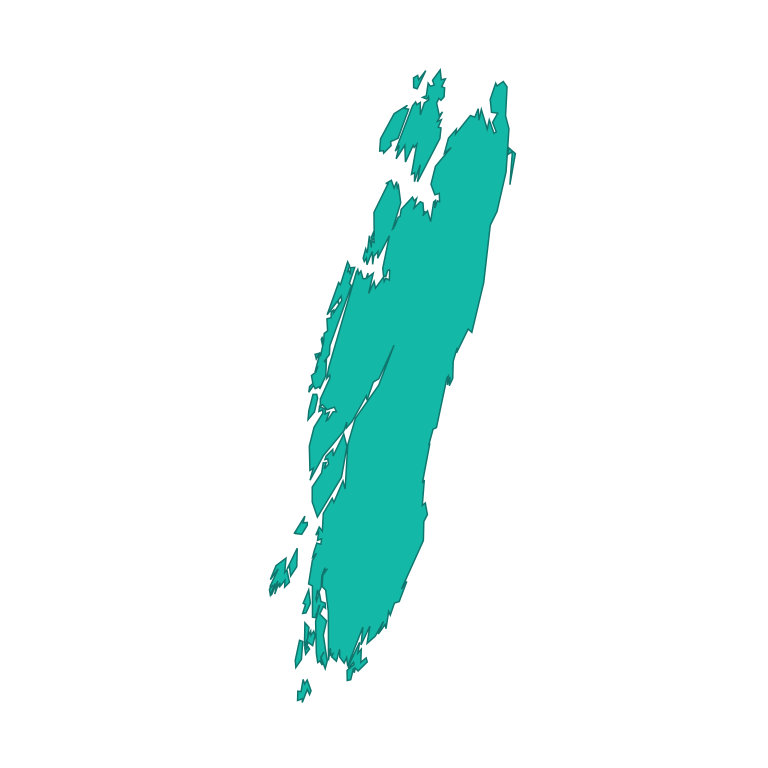 Hitra nor, Sør-Trøndelag, Norway, rotated 293°
{"feature_id": "86288312B1227555163680", "entity_name": "Hitra nor", "entity_type": "district", "adm_level": 2, "iso_a3": "NOR", "parent_name": "Norway", "parent_adm1": "Sør-Trøndelag", "projection": "equal_earth", "projection_center": [8.707, 63.554], "detail": "fine", "context": "isolated", "style": "filled", "palette": "teal", "viewbox_px": 768, "rotation_deg": 293, "n_neighbors": 0, "source": "geoboundaries", "source_scale": "gbopen_adm2", "svg_char_len": 6168}
<svg xmlns="http://www.w3.org/2000/svg" viewBox="0 0 768 768"><g transform="rotate(293 384 384)"><path d="M538.1,307.7L517.2,316.8L515.1,317.0L518.3,315.0L514.1,315.1L512.0,316.8L514.1,317.7L510.4,319.7L511.0,316.8L504.7,319.0L514.8,312.6L498.1,317.4L501.4,314.3L491.6,315.7L489.0,318.0L492.9,318.6L487.1,321.7L501.4,321.4L489.7,326.8L497.6,324.7L503.7,326.7L497.2,329.0L522.7,331.0L489.8,337.7L482.8,341.6L484.1,343.7L489.5,343.0L491.3,344.1L490.9,344.8L481.7,348.3L482.1,344.4L478.4,344.1L482.5,341.8L468.9,338.7L474.6,334.8L461.3,334.5L481.8,330.8L475.8,327.4L479.9,325.9L473.8,326.2L472.8,323.4L479.0,318.6L475.0,317.7L479.2,315.1L476.5,314.8L378.1,326.6L366.7,329.1L371.1,330.5L368.4,331.9L345.3,331.3L338.7,334.0L340.9,335.4L338.2,341.7L343.3,347.4L339.9,351.0L338.6,348.0L329.1,346.4L327.7,345.3L336.7,344.6L333.3,341.5L337.7,340.3L338.3,333.4L333.2,334.8L336.1,337.6L333.5,339.1L316.9,336.5L297.7,339.5L275.5,349.6L278.8,351.8L266.5,353.5L294.5,356.2L325.4,365.4L334.4,364.6L328.9,366.6L337.1,369.2L366.2,372.3L362.4,374.7L381.6,373.4L386.8,377.2L423.7,378.1L380.7,379.6L341.2,371.1L313.8,374.4L272.1,389.3L278.8,384.1L255.4,384.1L258.6,381.0L241.1,378.7L224.5,384.7L227.0,380.3L218.2,380.3L221.9,381.8L214.1,383.9L217.1,387.0L211.8,388.5L211.3,384.3L202.7,385.0L196.8,386.0L201.8,388.1L193.6,387.0L170.5,392.7L170.2,397.0L141.4,409.3L142.2,412.3L146.1,411.4L146.5,411.8L154.3,410.8L154.8,411.2L138.8,413.8L109.6,427.0L101.7,431.8L104.0,433.2L101.1,437.0L107.7,432.5L114.1,433.5L107.6,432.9L99.0,441.1L106.7,440.0L129.1,426.3L143.5,423.7L147.2,414.7L155.6,415.1L154.8,417.7L159.4,415.4L159.1,411.0L166.7,405.9L157.9,406.7L159.8,405.3L168.6,403.2L165.0,405.5L172.7,405.5L182.9,401.8L191.9,401.4L187.3,402.4L190.6,403.2L191.0,403.9L183.9,402.4L173.5,406.1L171.4,410.9L152.5,421.8L107.8,440.9L119.9,437.8L113.6,441.0L115.8,442.4L112.4,442.5L110.2,448.5L122.5,446.8L115.3,450.0L111.5,456.4L117.5,456.5L110.3,460.7L152.0,459.5L134.8,464.8L155.7,465.6L138.6,469.8L148.5,474.5L165.3,476.3L151.6,476.4L163.0,479.0L159.6,481.4L176.4,477.2L173.7,480.1L186.4,479.2L189.7,483.0L211.2,482.1L202.1,480.2L255.3,481.4L272.9,474.4L280.7,475.0L290.6,468.5L287.2,466.7L311.4,458.6L307.9,458.0L347.3,449.4L345.0,449.1L361.6,446.8L364.4,449.3L414.4,439.5L416.5,440.1L407.9,442.7L416.4,442.1L407.9,444.8L416.0,445.1L432.0,438.8L446.0,437.2L441.0,438.6L467.5,440.0L465.8,444.7L516.2,436.2L571.6,419.8L587.1,420.6L626.9,413.5L667.7,399.3L678.4,391.1L705.5,381.2L709.1,375.6L702.5,371.6L704.5,369.3L687.4,370.6L676.1,376.8L677.7,382.9L667.3,381.7L659.9,388.9L657.8,387.2L668.2,377.7L659.0,379.4L674.8,366.3L663.9,368.3L674.2,363.2L665.1,363.3L664.9,358.6L642.2,352.2L646.8,351.0L635.5,347.3L620.1,349.4L627.9,353.4L604.5,346.3L586.2,349.2L578.0,356.9L581.1,360.4L573.5,364.0L573.4,361.5L565.9,361.9L573.0,359.6L571.0,358.6L551.7,363.5L560.4,356.4L554.0,353.9L559.2,354.3L557.0,353.7L565.8,349.2L566.0,346.2L557.6,342.9L567.5,341.5L564.4,340.3L567.2,337.2L551.4,331.6L544.8,333.3L542.8,331.9L533.7,332.2L533.3,331.8L531.2,331.9L530.1,331.4L557.3,328.6L572.4,319.7L569.9,319.6L575.2,316.6L568.3,316.7L574.4,311.2L569.2,307.3L570.2,309.5L538.1,307.7ZM651.2,301.6L602.7,303.4L609.6,304.8L596.0,307.2L611.8,309.9L596.7,317.0L615.0,317.6L613.5,319.3L617.5,320.5L587.7,327.4L590.5,329.6L582.1,333.0L600.0,331.7L583.2,335.8L631.8,339.5L642.0,336.4L641.6,333.6L649.7,333.5L646.6,330.5L657.4,331.5L652.7,330.0L663.1,322.7L668.4,322.9L667.4,325.6L671.8,327.1L680.3,324.1L680.2,320.9L688.9,321.3L686.5,317.8L695.1,313.0L682.5,310.0L678.9,313.4L676.2,310.4L678.2,307.1L665.8,310.3L662.9,307.5L663.0,312.1L665.9,312.6L663.1,314.2L658.5,311.3L645.9,312.3L657.4,307.4L653.9,305.1L656.0,302.9L651.2,301.6ZM459.7,302.6L425.5,304.6L442.4,308.9L439.7,310.9L443.6,309.2L448.1,310.2L444.3,312.5L429.5,309.7L432.4,308.7L429.9,307.2L424.3,309.4L421.7,306.0L410.9,311.3L407.2,309.2L400.1,311.6L402.6,308.9L400.6,308.8L396.9,311.4L399.7,311.2L399.9,311.7L384.7,314.7L387.4,312.9L384.4,309.0L380.6,311.9L386.0,312.4L383.9,313.5L368.0,315.8L372.7,315.3L373.6,316.2L368.3,316.7L363.5,313.9L356.7,318.3L352.6,316.5L347.0,318.0L355.0,319.7L352.8,322.5L356.9,326.2L354.2,326.8L368.7,327.2L383.1,321.8L381.4,321.3L381.7,320.2L389.9,322.2L398.1,319.2L461.8,315.6L463.0,312.8L479.9,311.5L478.0,307.8L471.8,310.3L474.6,307.3L472.4,306.6L479.2,306.3L482.2,302.8L458.3,305.1L459.7,302.6ZM261.1,358.2L247.4,364.0L235.5,374.7L281.6,381.3L311.9,374.3L322.2,366.5L297.8,365.3L303.8,362.4L295.2,358.9L291.3,359.1L293.1,361.5L288.4,364.3L282.5,362.1L289.1,361.5L287.6,358.9L277.8,361.3L261.1,358.2ZM608.4,285.0L596.7,289.0L598.5,292.2L596.4,293.5L606.2,297.4L609.7,295.4L615.6,300.9L646.6,299.3L645.6,294.9L649.7,296.7L636.8,287.7L608.4,285.0ZM174.6,355.6L159.5,355.8L172.6,358.9L153.7,358.2L151.6,358.9L155.7,360.5L150.2,358.8L145.4,361.8L157.8,361.6L145.2,362.8L161.2,363.2L147.9,365.5L156.7,365.0L160.3,366.0L155.8,367.0L164.7,369.5L158.2,371.9L164.6,374.4L175.0,367.2L171.7,366.3L185.4,361.8L174.6,355.6ZM136.8,462.5L110.0,461.4L108.3,462.9L109.7,462.5L115.9,464.7L114.1,466.0L105.9,461.9L96.7,466.0L98.8,468.9L110.6,467.0L106.6,469.5L111.3,468.4L109.7,472.3L121.6,477.2L124.9,474.6L118.7,471.4L131.0,466.7L126.0,465.1L136.8,462.5ZM133.3,404.5L111.3,413.3L121.8,413.0L110.3,414.1L104.6,417.5L110.9,419.0L112.5,416.9L110.0,416.0L116.5,414.9L115.3,420.6L125.6,418.8L129.1,415.9L124.1,415.0L128.0,413.0L121.2,412.6L130.6,410.1L133.3,404.5ZM198.9,368.3L176.0,367.1L179.5,368.0L170.8,373.1L181.8,375.1L198.9,368.3ZM67.6,424.7L58.9,428.1L62.4,431.9L58.9,433.2L72.8,432.8L69.0,436.8L73.1,436.7L81.5,429.0L76.8,428.1L80.5,425.0L68.4,427.8L67.6,424.7ZM115.1,406.4L94.9,410.3L88.6,413.6L98.2,415.6L115.2,409.8L115.1,406.4ZM650.1,406.7L643.3,408.2L647.6,410.9L645.4,412.3L616.6,422.0L647.4,414.9L650.1,406.7ZM231.5,362.8L211.0,359.7L213.8,360.4L211.8,361.1L213.5,367.0L223.9,368.6L226.6,367.5L224.6,363.8L231.5,362.8ZM165.1,395.1L150.5,395.3L150.4,397.9L141.0,398.8L142.8,401.6L153.4,401.9L165.1,395.1ZM346.7,322.7L330.1,325.2L321.4,328.0L331.1,330.9L345.1,328.4L348.2,326.1L346.7,322.7ZM677.3,291.6L668.4,295.5L668.7,299.2L688.8,300.0L677.6,297.1L681.2,294.4L677.3,291.6Z" fill="#14b8a6" stroke="#0f766e" stroke-width="1.5"/></g></svg>